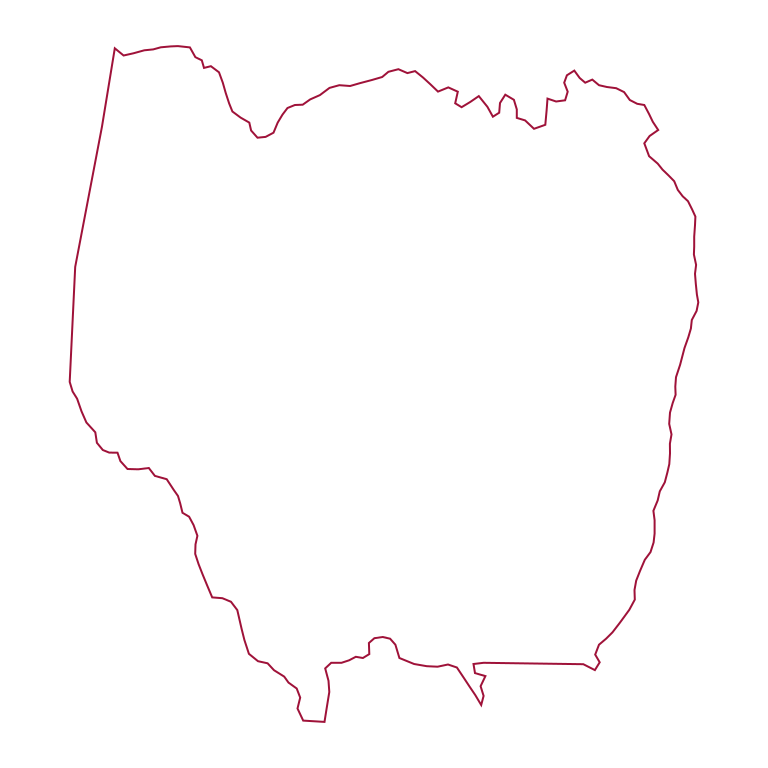 outline of Serra, Espírito Santo, Brazil
{"feature_id": "56859067B13062321708335", "entity_name": "Serra", "entity_type": "district", "adm_level": 2, "iso_a3": "BRA", "parent_name": "Brazil", "parent_adm1": "Espírito Santo", "projection": "robinson", "projection_center": [-40.286, -20.137], "detail": "fine", "context": "isolated", "style": "outline", "palette": "rose", "viewbox_px": 768, "rotation_deg": 0, "n_neighbors": 0, "source": "geoboundaries", "source_scale": "gbopen_adm2", "svg_char_len": 2735}
<svg xmlns="http://www.w3.org/2000/svg" viewBox="0 0 768 768"><path d="M324.5,721.9L326.7,708.0L329.3,692.0L328.5,680.8L325.2,668.4L331.2,662.8L341.5,662.8L349.1,660.3L355.8,656.8L362.9,658.0L369.3,654.1L368.9,643.0L374.4,638.2L382.7,637.0L390.1,638.7L395.4,644.7L399.4,658.0L414.1,664.0L426.8,666.2L437.6,666.7L448.0,664.5L456.9,667.5L463.3,677.1L469.7,686.8L475.3,695.1L481.2,705.0L483.6,695.9L480.6,686.2L485.4,676.1L475.0,673.1L473.5,664.0L483.6,662.8L583.3,664.2L594.9,670.1L599.7,662.3L595.2,654.6L599.0,644.7L606.1,638.7L612.5,632.3L619.9,622.7L629.3,609.8L634.8,599.6L634.5,590.0L636.2,580.6L640.0,571.0L644.8,559.8L650.5,552.1L653.6,542.5L654.6,533.6L654.6,520.2L653.4,510.8L657.7,500.4L659.8,491.3L664.8,482.3L667.4,472.4L669.3,464.1L670.0,453.4L669.9,443.7L671.5,434.4L669.2,423.9L670.0,412.6L672.7,403.0L675.6,394.8L675.3,386.6L676.0,377.2L680.1,364.8L684.5,348.0L688.3,337.3L690.9,328.5L691.8,320.0L696.6,310.9L698.3,302.4L696.9,294.5L695.8,283.7L695.0,273.8L696.1,264.9L693.9,254.5L694.2,246.6L694.2,236.7L695.0,225.2L695.4,216.6L692.1,209.4L688.0,201.2L682.7,196.3L677.8,189.9L674.2,181.2L668.2,175.1L662.5,169.6L657.7,163.6L649.1,156.2L644.3,143.3L649.6,136.0L658.2,130.0L652.8,121.8L649.1,114.1L644.3,105.0L637.2,103.8L629.8,100.0L624.1,92.1L616.2,88.2L606.9,87.0L599.0,85.2L592.3,79.6L585.2,82.7L579.7,78.0L574.3,70.6L566.9,75.3L564.2,82.7L567.7,91.7L565.1,100.3L556.1,101.5L547.5,98.6L546.6,110.5L545.3,124.8L534.0,128.8L525.1,120.4L516.8,117.9L516.8,109.4L513.9,99.8L505.3,94.7L500.0,103.0L499.2,112.7L492.9,116.7L487.4,106.8L478.8,96.1L470.2,102.0L461.6,107.2L455.2,103.3L457.8,91.7L448.3,87.4L438.0,91.6L430.4,84.3L423.0,77.5L415.1,71.1L407.4,73.1L398.4,69.2L388.4,71.8L382.2,77.0L371.9,80.0L359.8,83.2L350.1,86.0L339.3,85.2L329.5,87.9L319.9,95.1L310.2,99.4L302.7,104.7L294.9,105.0L287.5,108.0L282.5,114.6L277.7,122.6L273.5,132.7L265.6,136.9L257.5,137.7L251.1,130.5L249.3,122.6L240.6,117.6L232.4,111.5L229.1,103.3L225.7,92.9L222.8,82.7L219.0,72.3L210.9,66.2L204.0,67.9L201.8,60.3L195.4,57.2L189.9,47.4L177.9,46.1L170.8,46.4L160.8,47.3L153.2,49.4L144.3,50.3L133.4,53.3L123.6,55.5L114.8,48.3L102.0,126.5L100.5,134.4L75.2,266.9L69.7,381.9L72.6,391.5L77.1,398.7L81.5,411.3L86.4,422.5L95.3,432.3L96.9,442.8L102.8,450.0L109.2,452.6L117.5,452.7L120.4,461.1L127.5,469.0L138.3,469.3L148.8,468.0L154.9,475.9L166.7,479.2L173.8,490.0L178.0,496.0L180.2,503.4L182.5,512.8L189.1,516.7L193.6,525.1L197.4,535.8L195.5,544.4L195.2,553.9L198.6,564.2L202.6,574.4L207.1,585.3L212.2,597.4L222.4,598.2L231.0,601.8L237.3,610.1L241.5,628.4L244.4,640.0L248.9,653.8L258.0,661.2L267.6,663.3L274.0,670.2L284.2,676.6L288.5,682.6L296.7,688.5L300.2,697.6L297.5,708.5L303.2,720.6L324.5,721.9Z" fill="none" stroke="#9f1239" stroke-width="2"/></svg>